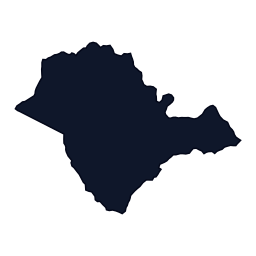 Maurilândia, Goiás, Brazil
{"feature_id": "56859067B99555965012895", "entity_name": "Maurilândia", "entity_type": "district", "adm_level": 2, "iso_a3": "BRA", "parent_name": "Brazil", "parent_adm1": "Goiás", "projection": "albers", "projection_center": [-50.339, -18.044], "detail": "fine", "context": "isolated", "style": "filled", "palette": "ink", "viewbox_px": 256, "rotation_deg": 0, "n_neighbors": 0, "source": "geoboundaries", "source_scale": "gbopen_adm2", "svg_char_len": 2476}
<svg xmlns="http://www.w3.org/2000/svg" viewBox="0 0 256 256"><path d="M240.6,140.3L238.4,138.9L235.9,137.1L234.3,134.5L233.6,132.0L232.2,129.8L229.7,127.3L227.5,122.3L223.1,120.0L220.0,116.7L218.6,114.2L215.5,107.5L212.9,105.5L210.3,106.1L207.6,107.8L205.2,109.8L203.7,112.3L202.5,114.3L200.3,116.0L197.5,118.2L194.1,119.0L191.0,118.3L188.5,117.6L185.1,117.7L181.3,117.6L178.4,118.0L175.5,117.3L173.1,117.4L170.7,118.2L168.5,118.0L166.9,116.1L165.5,114.5L164.9,112.1L166.1,109.4L167.1,106.2L170.0,104.0L172.3,101.9L173.4,100.0L173.5,97.8L171.5,95.1L168.7,94.1L165.7,95.1L163.2,95.9L162.7,98.2L162.0,100.4L159.3,102.6L156.4,101.3L156.3,98.5L156.2,96.4L155.7,94.3L155.9,91.9L156.2,89.2L153.3,86.9L150.2,86.3L146.7,86.5L143.7,84.6L142.7,82.0L141.5,79.5L141.8,75.8L141.3,72.5L138.7,70.8L136.7,68.8L134.7,67.4L133.4,65.0L133.2,61.8L132.4,59.1L131.4,56.5L130.5,53.4L127.5,54.0L124.1,53.7L121.4,56.1L117.6,55.1L114.2,53.7L113.5,51.6L112.8,49.4L110.0,45.4L106.6,46.0L103.3,45.7L100.6,47.6L97.7,44.6L96.2,43.2L93.1,42.4L89.8,43.3L87.3,45.9L86.3,48.0L83.5,48.2L81.0,50.2L77.9,52.8L76.0,55.6L73.9,53.7L71.8,53.0L70.3,54.6L68.1,54.5L65.7,53.3L63.7,52.1L61.4,52.2L59.6,53.5L57.1,54.5L54.5,54.9L50.7,57.2L48.3,58.0L46.1,59.7L42.9,59.5L42.0,62.5L42.0,66.8L41.7,69.3L41.9,74.3L42.1,77.5L39.9,81.2L38.3,84.3L36.3,88.3L35.4,91.0L35.1,93.7L34.1,95.8L25.1,101.5L22.4,102.0L20.2,103.8L17.0,105.9L15.4,108.8L17.6,110.5L19.7,111.4L64.0,134.0L63.9,139.3L64.0,143.2L65.2,145.0L65.9,147.0L65.8,149.8L66.3,151.9L68.2,156.1L69.7,157.9L71.9,160.6L71.1,162.8L72.0,166.0L73.9,167.5L77.7,172.4L79.3,174.4L83.4,182.3L85.4,184.2L85.6,186.5L85.8,190.0L88.8,191.2L91.7,191.8L93.2,193.8L95.0,196.3L95.3,199.8L97.4,201.5L100.1,201.4L102.8,204.5L105.9,207.5L106.5,209.8L109.3,210.5L112.5,210.0L116.1,210.9L119.4,212.2L122.2,213.6L125.3,211.1L126.0,207.5L127.2,205.5L128.1,202.5L129.4,200.3L130.1,198.0L130.6,195.5L132.5,193.3L134.6,191.0L137.0,188.8L140.0,186.3L142.9,182.6L146.3,179.9L152.3,180.0L153.8,177.2L156.0,176.8L157.8,174.3L159.1,172.0L161.0,169.3L158.6,167.8L159.8,164.2L164.4,162.2L166.8,160.8L168.9,158.5L170.7,157.2L173.3,154.7L176.0,154.7L180.2,153.6L183.0,153.6L185.8,153.9L189.4,153.1L190.9,151.1L193.1,148.5L196.3,148.2L199.3,149.8L201.8,150.9L204.0,153.6L206.3,152.2L208.5,151.6L212.1,151.4L214.7,153.4L216.9,151.3L219.6,150.1L222.0,149.3L224.4,147.1L226.8,146.3L230.5,145.3L233.8,145.6L235.8,145.6L237.2,143.8L239.0,142.0L240.6,140.3Z" fill="#0f172a" stroke="#020617" stroke-width="1.5"/></svg>